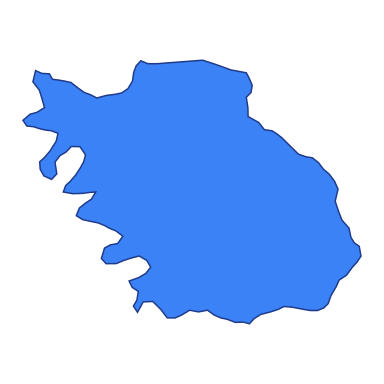 Benjamin Constant do Sul, Rio Grande do Sul, Brazil (Robinson projection)
{"feature_id": "56859067B73430891093496", "entity_name": "Benjamin Constant do Sul", "entity_type": "district", "adm_level": 2, "iso_a3": "BRA", "parent_name": "Brazil", "parent_adm1": "Rio Grande do Sul", "projection": "robinson", "projection_center": [-52.659, -27.484], "detail": "fine", "context": "isolated", "style": "filled", "palette": "blue", "viewbox_px": 384, "rotation_deg": 0, "n_neighbors": 0, "source": "geoboundaries", "source_scale": "gbopen_adm2", "svg_char_len": 1892}
<svg xmlns="http://www.w3.org/2000/svg" viewBox="0 0 384 384"><path d="M246.3,72.8L230.8,69.9L215.6,64.4L202.7,60.2L157.1,63.7L147.9,63.7L140.8,60.8L136.2,65.8L133.7,72.4L132.5,81.1L127.9,88.7L121.7,92.9L115.3,94.3L106.4,95.4L96.9,98.0L90.0,94.5L84.5,92.6L78.4,88.3L71.0,82.5L64.1,81.0L58.1,80.0L52.5,79.3L49.4,73.8L41.8,73.4L35.6,70.6L32.9,81.8L39.3,90.1L41.5,97.0L44.5,107.6L36.8,112.4L30.1,114.2L23.0,120.3L26.8,126.0L33.5,126.7L39.3,128.6L45.1,130.0L51.1,130.7L58.0,133.3L56.2,141.2L50.0,151.0L44.5,157.5L39.7,161.8L40.2,169.3L43.9,175.9L51.6,179.4L56.8,173.9L55.0,162.1L60.0,155.6L66.1,152.0L71.3,146.5L80.0,146.7L85.5,154.9L83.7,161.8L80.6,167.4L75.9,174.7L70.1,181.5L65.7,185.5L63.3,192.0L72.8,193.7L82.4,193.4L89.8,192.4L95.7,192.0L91.4,199.2L85.5,203.1L79.3,208.1L76.3,215.7L82.6,219.6L89.8,221.2L98.1,222.9L104.5,225.5L109.7,228.4L115.9,230.9L122.8,236.2L117.7,243.5L110.3,244.9L104.5,248.1L101.4,258.5L106.1,263.7L116.2,263.6L124.0,260.4L130.7,258.2L139.1,256.0L146.7,260.4L150.7,267.2L145.8,273.4L138.7,277.6L129.1,281.0L132.2,287.4L138.3,291.4L136.9,300.1L133.4,306.1L137.5,312.3L143.2,301.9L152.8,301.5L160.7,309.3L167.2,317.8L175.0,318.0L181.5,315.1L189.7,310.2L198.6,311.9L207.5,310.2L214.3,315.1L221.0,318.0L226.9,319.2L235.3,322.4L243.5,322.1L249.4,323.8L254.3,318.5L260.8,314.4L270.6,311.9L277.9,309.5L284.1,306.5L292.2,307.2L303.2,309.3L310.3,310.5L317.6,310.5L323.8,307.9L328.1,303.7L330.9,295.7L336.4,286.3L339.1,280.1L346.5,275.2L352.7,266.8L357.0,262.2L361.0,256.1L359.2,246.3L354.3,242.8L350.9,237.3L349.0,228.1L341.9,220.1L338.6,211.5L335.2,201.3L338.0,189.1L334.5,181.2L329.1,174.0L323.5,169.3L318.6,162.8L312.4,157.8L306.0,156.8L298.5,154.2L294.0,149.8L287.5,143.4L282.3,138.2L277.1,134.0L272.1,130.8L264.4,129.7L258.6,122.4L248.1,116.6L247.9,107.8L246.3,97.3L251.0,92.5L252.2,85.3L249.3,78.5L246.3,72.8Z" fill="#3b82f6" stroke="#1e3a8a" stroke-width="1.5"/></svg>